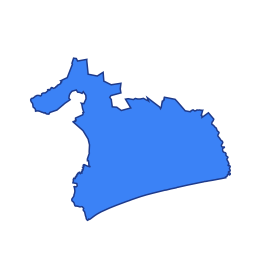 the district of San Marcos, Guerrero, Mexico, rotated 335°
{"feature_id": "50627088B28272611145429", "entity_name": "San Marcos", "entity_type": "district", "adm_level": 2, "iso_a3": "MEX", "parent_name": "Mexico", "parent_adm1": "Guerrero", "projection": "mercator", "projection_center": [-99.468, 16.852], "detail": "fine", "context": "isolated", "style": "filled", "palette": "blue", "viewbox_px": 256, "rotation_deg": 335, "n_neighbors": 0, "source": "geoboundaries", "source_scale": "gbopen_adm2", "svg_char_len": 5577}
<svg xmlns="http://www.w3.org/2000/svg" viewBox="0 0 256 256"><g transform="rotate(335 128 128)"><path d="M71.4,59.4L71.3,60.1L71.1,60.4L69.1,61.0L68.3,61.2L67.6,61.1L66.0,60.5L65.2,60.4L64.5,60.5L64.2,60.6L64.0,60.8L63.4,61.7L62.8,62.0L62.5,62.0L62.1,61.9L61.2,60.9L59.5,60.1L59.1,60.0L58.3,60.1L57.4,60.0L56.6,60.4L54.3,60.8L53.8,60.7L53.5,60.5L52.9,60.5L52.1,60.9L51.8,61.2L51.6,61.6L51.4,62.6L51.4,63.4L51.8,65.0L51.8,65.9L50.9,68.8L51.0,69.5L51.7,70.3L51.9,71.9L51.8,72.9L51.3,73.4L51.4,73.8L52.4,73.9L52.9,74.1L54.0,74.7L55.1,75.6L56.2,76.8L56.4,77.1L57.5,78.0L58.0,78.7L58.3,78.8L58.6,78.8L58.7,79.1L59.0,79.4L59.6,79.4L59.8,80.4L60.0,80.7L61.0,81.4L61.4,81.5L61.8,81.8L62.1,82.0L63.8,80.9L71.2,81.7L81.4,78.9L87.5,77.9L87.0,76.0L88.6,73.6L90.2,72.2L92.7,71.0L94.1,71.2L97.2,71.7L97.5,74.2L99.3,75.4L101.0,77.2L102.8,76.2L103.6,80.3L103.5,80.8L102.3,83.8L98.2,87.3L96.1,85.8L96.2,86.9L95.1,90.9L94.5,95.1L93.6,95.0L93.5,95.9L92.5,96.9L84.7,96.8L84.2,97.6L84.1,97.9L84.4,98.8L84.1,98.9L83.7,98.8L83.3,98.9L83.5,99.5L83.3,99.8L82.0,99.4L81.5,99.1L81.0,99.0L80.8,99.1L80.9,99.5L81.1,99.9L86.1,111.3L87.2,121.1L86.0,127.0L82.5,133.6L82.4,134.4L78.0,139.0L77.4,140.5L78.3,140.8L78.0,142.1L76.6,145.9L77.1,146.3L77.2,146.6L77.2,146.9L77.0,147.0L76.7,146.6L75.6,145.9L73.8,143.9L73.3,143.1L72.8,142.7L72.6,142.8L72.4,142.6L72.0,142.6L71.8,142.8L72.2,143.0L72.3,143.1L72.2,143.3L71.9,143.3L71.8,144.0L71.7,144.3L71.5,144.5L71.1,144.3L70.8,144.7L70.6,144.4L70.3,144.4L70.4,144.8L70.3,146.0L69.9,146.1L69.7,146.6L69.6,146.9L69.5,147.0L69.3,147.0L69.1,147.1L68.8,146.8L68.7,146.7L68.6,146.8L68.7,147.1L68.7,147.3L68.6,147.5L68.0,148.1L67.8,148.1L67.4,148.0L67.2,148.1L67.3,148.6L67.2,149.2L66.8,149.0L65.6,149.2L65.6,148.7L65.3,148.5L65.4,148.0L65.4,147.7L65.2,147.5L64.8,147.6L64.8,147.8L64.7,147.9L64.1,147.8L63.7,147.9L63.3,147.8L63.1,147.9L62.9,148.1L62.9,148.4L62.8,148.7L62.6,148.7L62.4,148.7L62.1,149.0L61.9,149.1L61.6,148.9L61.0,149.4L61.0,150.0L60.5,150.1L60.0,150.5L59.9,150.5L59.8,150.1L59.7,150.1L59.2,150.6L59.1,151.1L58.8,151.5L58.6,151.5L58.4,151.4L58.4,151.2L58.6,151.1L58.4,151.0L58.1,151.2L57.5,150.7L56.4,151.9L56.3,152.6L56.0,153.2L55.4,153.7L54.9,154.4L58.1,156.7L57.7,158.6L57.3,159.1L56.5,159.3L55.9,159.4L55.1,158.6L54.3,158.4L54.0,160.2L53.3,162.4L53.1,162.9L51.8,164.8L51.0,165.5L50.3,166.6L49.8,167.1L47.7,168.3L47.2,168.6L46.9,169.0L46.6,169.6L46.5,170.3L46.7,171.0L47.1,171.6L47.2,172.1L47.4,173.1L47.4,173.5L47.2,174.5L47.2,174.9L47.1,175.4L47.1,176.1L47.5,176.6L47.8,176.8L48.0,176.8L48.5,177.1L49.7,177.9L50.0,178.2L50.6,178.8L51.0,179.1L51.6,179.4L52.4,179.5L53.3,180.1L53.9,182.0L53.8,182.3L53.1,182.8L52.9,183.1L52.7,183.7L52.8,184.2L53.2,185.3L53.1,186.3L52.4,189.5L52.2,191.4L51.8,192.7L52.2,194.5L53.3,194.5L53.6,194.4L54.0,194.0L54.3,194.4L54.6,194.6L55.4,194.5L61.1,193.3L64.0,192.9L68.1,192.6L77.4,192.7L84.7,193.1L95.9,194.0L98.6,194.3L100.5,194.4L107.2,195.1L110.7,195.5L116.7,196.4L123.2,197.6L134.9,199.9L136.5,200.4L141.2,201.3L146.2,202.5L147.6,202.6L148.2,202.8L157.0,204.7L174.2,208.8L174.7,208.8L175.9,209.3L178.7,210.0L182.2,211.0L187.7,212.4L191.5,213.4L195.3,214.3L195.2,213.9L195.4,213.7L197.0,213.7L197.5,213.4L198.4,212.4L198.8,212.1L199.4,212.2L199.7,213.0L200.0,213.4L200.3,213.4L200.8,213.3L201.1,213.1L201.4,212.5L201.4,212.2L201.2,211.8L200.5,211.2L200.3,210.8L200.4,210.4L200.6,210.2L201.2,210.1L202.0,210.2L202.3,210.1L202.5,210.0L202.8,209.3L202.7,207.9L202.9,207.4L204.3,206.2L204.3,205.4L204.2,205.1L204.1,204.9L203.2,204.7L203.0,204.3L203.0,204.0L204.2,203.2L204.4,202.8L204.4,200.6L204.3,198.8L204.4,198.2L204.7,197.8L205.9,197.1L206.1,196.9L206.2,196.7L206.1,196.3L205.5,195.2L205.3,194.6L205.3,194.0L206.0,192.5L205.8,191.6L204.5,190.3L204.1,189.2L204.5,187.7L204.9,186.9L205.2,186.6L205.7,186.5L207.0,186.4L207.2,186.2L207.2,185.9L205.7,185.2L205.3,184.9L205.1,184.2L205.2,183.5L205.3,183.2L205.7,182.7L207.1,181.8L207.6,181.4L207.8,181.1L207.9,180.4L207.8,179.6L207.1,178.6L206.7,175.9L206.1,173.6L206.2,172.9L206.5,172.4L206.9,172.0L208.4,170.9L208.6,170.4L208.4,169.7L208.0,169.0L207.7,167.9L207.9,165.8L207.9,165.2L207.7,164.9L207.2,164.1L207.0,163.0L206.4,161.4L206.1,160.9L205.7,160.4L205.6,160.1L205.9,159.2L206.2,158.8L206.8,158.1L207.8,157.7L208.3,157.3L209.0,156.7L209.5,156.2L207.3,148.2L199.5,149.7L200.2,147.8L199.8,147.4L203.2,143.5L202.1,143.2L201.9,142.8L201.4,142.8L201.1,142.3L200.3,141.8L199.1,141.5L198.7,141.1L198.0,140.8L197.7,140.8L197.2,141.0L195.8,140.8L195.6,140.6L195.2,140.0L194.7,139.1L194.2,139.0L193.1,139.0L192.1,139.3L192.0,139.2L191.4,139.3L191.2,139.5L187.1,136.6L183.7,124.6L182.8,121.9L174.0,115.5L173.2,116.3L173.1,117.1L172.7,117.7L172.5,117.8L172.4,117.6L172.1,117.6L171.7,118.1L170.7,118.2L170.6,118.6L170.3,118.9L170.1,118.6L166.8,123.4L165.6,124.2L165.7,122.7L158.3,108.6L158.0,112.2L157.3,111.0L156.9,110.9L156.6,110.6L156.3,110.1L154.6,107.7L151.4,106.9L149.0,105.8L147.1,104.3L144.9,104.5L140.5,101.5L137.9,100.8L139.0,111.0L129.3,109.3L126.6,104.4L122.7,102.2L124.5,96.2L124.9,95.2L124.4,92.5L126.2,91.4L136.4,93.2L137.5,89.3L140.5,84.5L131.0,81.7L125.9,75.3L129.0,67.0L122.1,67.9L114.6,62.4L119.1,49.5L119.7,48.4L110.6,46.0L110.5,43.2L108.2,41.7L104.5,45.7L104.6,46.7L94.2,56.7L86.9,56.7L87.5,57.8L87.4,58.1L87.1,58.3L86.4,58.3L86.2,58.5L86.0,59.0L85.8,59.2L84.0,59.5L83.0,59.4L81.8,59.6L81.6,59.7L81.0,60.3L80.2,60.1L79.3,60.7L77.2,60.6L77.0,60.4L76.6,59.6L75.7,59.0L75.3,59.1L75.1,59.5L74.9,59.6L74.3,59.8L73.8,59.9L73.5,60.3L73.0,60.6L72.5,60.3L72.4,60.1L72.3,59.7L72.1,59.5L71.8,59.4L71.4,59.4Z" fill="#3b82f6" stroke="#1e3a8a" stroke-width="1.5"/></g></svg>